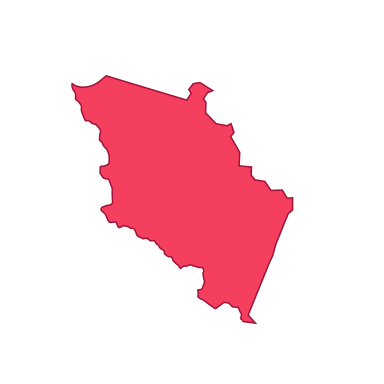 the district of Wayne, West Virginia, United States of America, rotated 338°
{"feature_id": "52423323B4598026966549", "entity_name": "Wayne", "entity_type": "district", "adm_level": 2, "iso_a3": "USA", "parent_name": "United States of America", "parent_adm1": "West Virginia", "projection": "natural_earth1", "projection_center": [-82.507, 38.132], "detail": "fine", "context": "isolated", "style": "filled", "palette": "rose", "viewbox_px": 384, "rotation_deg": 338, "n_neighbors": 0, "source": "geoboundaries", "source_scale": "gbopen_adm2", "svg_char_len": 2674}
<svg xmlns="http://www.w3.org/2000/svg" viewBox="0 0 384 384"><g transform="rotate(338 192 192)"><path d="M190.9,331.3L201.7,337.4L198.0,327.1L237.2,286.6L243.4,280.8L250.0,272.0L273.0,248.2L278.5,246.4L283.1,235.0L277.9,233.5L276.4,224.0L265.8,220.1L263.5,209.5L255.0,204.3L253.2,198.3L256.6,191.1L245.5,185.5L251.1,173.2L248.6,155.1L253.2,152.6L253.8,143.2L249.4,143.7L239.9,137.7L234.3,123.6L238.6,113.9L237.4,110.1L243.5,105.7L249.2,105.8L240.3,93.5L233.8,92.0L227.4,95.8L228.2,100.2L222.5,104.2L221.6,104.9L177.5,69.5L163.0,57.8L156.1,52.1L147.4,54.9L143.0,55.7L139.1,55.9L137.6,55.7L134.8,55.4L131.3,54.4L128.1,53.1L127.0,52.4L123.7,49.8L121.5,46.6L120.4,48.7L120.1,51.1L120.1,52.5L120.9,56.9L119.8,60.0L119.2,61.0L119.0,62.4L119.2,63.2L120.8,66.2L121.0,67.0L121.7,70.0L121.4,71.7L120.3,73.9L119.9,75.2L119.7,78.7L119.7,85.2L120.3,86.2L121.9,86.8L123.1,87.5L123.8,88.3L124.8,90.6L128.2,93.5L128.6,94.6L129.9,98.3L130.2,99.8L130.2,100.9L129.8,101.7L127.6,105.0L126.4,107.5L125.7,109.3L125.8,110.0L127.1,111.9L127.2,115.3L127.5,116.9L128.3,119.0L129.1,120.4L129.1,125.8L127.7,130.4L126.2,133.5L125.3,134.6L124.5,135.0L120.9,135.1L117.2,134.2L116.8,134.2L116.0,134.8L114.0,139.8L113.9,140.6L114.7,144.5L115.3,146.0L116.6,147.3L118.8,148.4L119.5,149.2L119.4,157.4L119.2,159.3L117.2,164.1L114.3,172.2L113.5,172.8L111.1,173.4L108.6,172.7L103.2,172.4L101.6,173.2L100.9,175.2L103.2,179.6L103.4,181.9L103.5,186.3L103.9,188.5L104.2,189.1L105.1,189.7L108.3,190.6L110.0,191.3L110.4,192.0L110.4,196.4L110.7,197.3L111.1,197.7L112.4,197.9L116.2,197.6L117.8,198.9L118.8,199.4L119.7,200.1L121.5,202.6L122.2,203.1L123.8,203.6L124.6,204.6L124.9,209.1L124.7,211.0L125.3,212.8L129.3,217.1L132.7,217.8L135.2,221.7L138.5,222.8L139.2,223.9L139.3,226.6L140.1,227.6L141.1,228.9L141.1,231.1L141.5,232.1L142.5,234.0L144.1,235.6L144.1,236.9L143.4,238.3L143.6,239.5L145.1,242.1L146.9,243.8L148.3,244.4L148.8,245.0L148.8,248.5L150.1,251.8L151.2,254.0L152.1,254.7L152.2,255.7L152.0,257.0L152.2,257.7L152.7,258.3L153.8,258.5L155.2,257.7L156.3,257.5L159.2,258.7L163.3,258.9L164.1,259.1L164.8,260.4L170.6,264.9L172.5,265.5L173.1,265.9L173.6,266.6L173.6,268.2L173.3,269.9L171.5,271.8L170.2,278.0L170.6,278.4L170.5,278.8L169.2,280.9L166.8,283.8L165.2,285.4L164.1,285.8L161.1,285.1L160.5,285.2L160.3,285.7L160.3,287.0L159.0,290.2L158.4,291.1L158.4,291.8L159.9,294.3L160.9,294.9L163.9,299.4L164.2,300.0L169.4,308.4L170.2,308.9L170.8,308.8L180.3,306.3L183.9,308.4L185.1,310.0L186.5,313.6L187.8,314.4L190.8,315.7L191.5,316.6L191.7,317.5L191.7,321.0L191.9,322.4L192.4,323.2L190.6,326.6L189.8,327.1L189.7,327.7L190.0,328.4L190.6,328.9L190.9,331.3Z" fill="#f43f5e" stroke="#9f1239" stroke-width="1.5"/></g></svg>